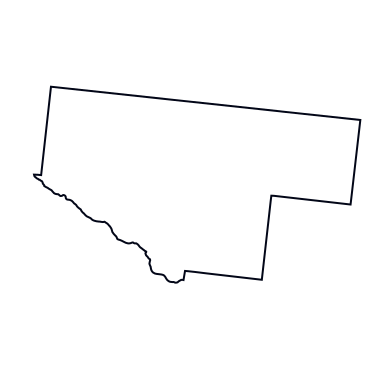 outline of Martires, Chubut, Argentina, rotated 97°
{"feature_id": "61730980B5870054171142", "entity_name": "Martires", "entity_type": "district", "adm_level": 2, "iso_a3": "ARG", "parent_name": "Argentina", "parent_adm1": "Chubut", "projection": "natural_earth1", "projection_center": [-66.778, -43.8], "detail": "fine", "context": "isolated", "style": "outline", "palette": "ink", "viewbox_px": 384, "rotation_deg": 97, "n_neighbors": 0, "source": "geoboundaries", "source_scale": "gbopen_adm2", "svg_char_len": 3497}
<svg xmlns="http://www.w3.org/2000/svg" viewBox="0 0 384 384"><g transform="rotate(97 192 192)"><path d="M185.1,33.1L182.8,33.1L100.0,33.7L101.2,112.6L101.2,114.8L102.9,225.6L104.7,344.8L184.7,343.9L193.6,343.8L193.7,347.2L194.0,350.9L194.8,350.6L195.5,350.3L196.0,349.8L196.7,348.6L197.2,348.0L197.5,347.4L197.7,346.7L198.0,346.0L198.4,345.5L198.4,344.7L198.8,344.1L199.2,343.5L199.4,342.6L199.9,342.0L201.0,341.3L201.8,341.1L202.3,340.6L202.8,340.0L203.4,339.5L204.0,339.4L204.5,338.4L204.8,337.7L205.1,337.0L205.3,336.2L205.6,335.5L206.0,334.9L206.3,334.2L206.6,333.5L206.9,332.9L207.1,332.2L207.5,331.5L208.0,331.0L208.6,330.4L209.4,329.4L209.9,328.9L210.3,328.0L210.5,327.3L210.6,326.1L210.6,325.3L210.5,324.6L210.9,323.8L211.4,323.2L211.8,322.6L212.0,321.9L211.7,320.7L211.2,320.1L210.7,319.5L210.7,318.7L210.9,318.0L211.3,317.4L211.8,316.9L212.6,316.7L213.4,316.5L214.0,316.1L214.5,315.5L214.7,314.8L214.7,314.1L214.7,313.3L214.7,312.4L214.9,311.7L215.1,311.0L215.4,310.3L215.8,309.7L216.6,308.7L217.2,308.1L217.7,307.6L218.0,306.9L218.4,306.3L218.8,305.6L219.3,305.1L220.0,304.6L220.5,304.1L221.0,303.5L221.4,302.9L221.8,302.3L222.2,301.6L222.5,301.0L222.9,300.3L223.5,299.9L224.2,299.5L224.7,298.9L225.3,298.4L225.8,297.8L226.1,297.2L226.6,296.5L227.1,296.0L227.6,295.4L228.1,294.8L228.5,294.2L228.9,293.6L229.2,292.9L229.4,292.2L229.6,291.5L229.9,290.8L230.1,290.1L230.4,289.4L230.8,288.8L231.3,288.2L231.7,287.6L232.0,286.9L232.2,286.2L232.4,285.5L232.5,284.8L232.6,284.0L232.7,283.3L232.7,282.6L232.7,281.9L232.7,281.1L232.7,280.4L232.6,279.7L232.7,278.9L232.7,278.2L232.7,277.5L232.7,276.8L232.5,276.0L232.2,275.4L232.4,274.7L232.8,274.1L233.1,273.4L233.4,272.7L233.8,272.1L234.2,271.5L234.7,270.9L235.3,270.4L235.7,269.8L236.2,269.2L236.8,268.7L237.4,268.2L238.0,267.7L238.7,267.3L239.4,267.0L240.1,266.7L240.8,266.4L241.5,266.1L242.1,265.5L242.7,265.0L243.2,264.5L243.7,263.9L244.2,263.3L244.7,262.7L245.1,262.1L245.6,261.6L246.3,261.2L247.0,260.8L247.7,260.4L248.0,259.8L248.2,259.1L248.3,258.4L248.4,257.7L248.6,257.0L248.8,256.3L249.0,255.6L249.3,254.9L249.5,254.2L249.8,253.5L250.0,252.8L250.3,252.1L250.5,251.4L250.6,250.7L250.7,249.9L250.8,249.2L250.7,248.5L250.6,247.8L250.4,247.1L250.1,246.4L249.7,245.7L249.4,245.1L249.3,244.4L249.7,243.7L249.9,243.0L250.0,242.3L249.8,241.6L249.8,240.9L250.2,240.2L250.5,239.6L251.0,239.0L251.5,238.4L252.1,237.9L252.6,237.4L253.1,236.8L253.5,236.2L253.8,235.5L254.2,234.9L254.6,234.2L255.0,233.6L255.4,232.9L255.7,232.3L256.2,231.7L256.3,231.1L256.5,230.6L257.0,230.1L257.7,230.3L258.1,230.7L258.8,230.7L259.5,230.3L260.2,230.0L261.1,229.1L261.6,228.3L262.2,227.8L263.2,226.9L263.6,226.2L263.9,225.5L264.8,225.2L265.4,225.3L266.2,225.4L267.6,225.5L268.4,225.5L269.1,225.2L270.5,224.4L271.1,224.0L272.1,223.7L272.8,223.5L273.6,223.2L274.3,222.9L275.0,222.5L275.6,222.0L276.1,221.5L276.6,220.9L277.1,219.7L277.4,219.0L277.5,218.2L277.6,217.3L277.6,216.1L277.6,215.1L277.6,214.4L277.6,213.7L277.6,212.4L277.7,211.5L277.8,210.8L278.0,210.1L278.4,209.4L279.3,208.4L279.9,207.9L280.5,207.5L281.1,207.0L281.7,206.5L282.4,205.8L282.8,205.2L283.4,204.1L283.7,203.2L283.8,202.5L283.8,201.7L283.8,200.5L283.6,199.7L283.6,199.0L283.9,198.3L284.0,197.4L283.9,196.7L283.7,196.0L283.4,195.3L282.8,194.8L281.8,193.8L281.4,193.2L281.0,192.6L280.5,192.0L280.4,191.1L280.3,190.4L280.4,189.7L271.2,189.3L271.1,186.8L271.0,179.3L271.0,167.9L270.6,112.0L191.8,112.8L186.0,112.8L185.8,110.2L185.1,33.1Z" fill="none" stroke="#020617" stroke-width="2"/></g></svg>